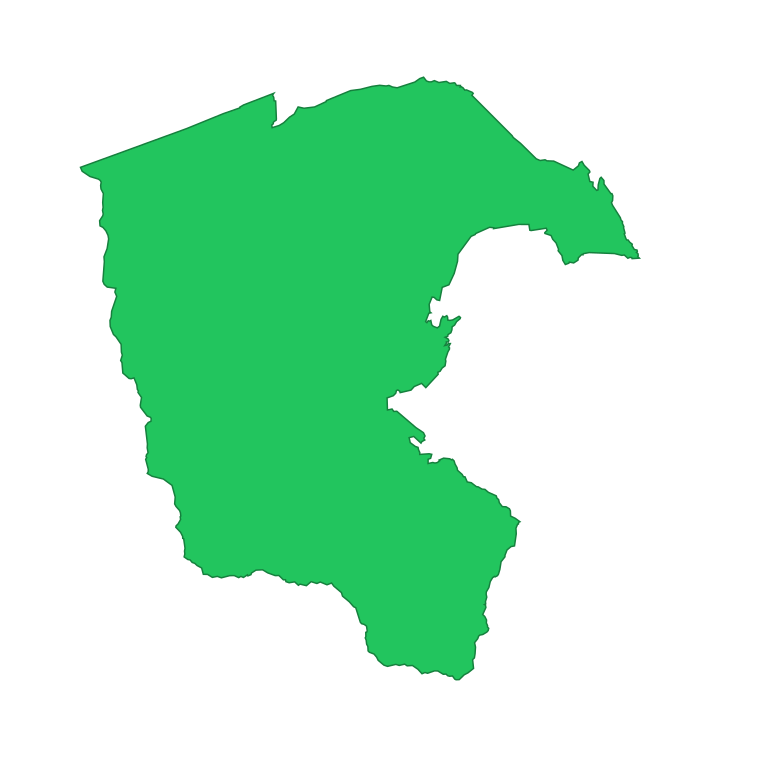 Scortoasa, Buzau, Romania (orthographic projection), rotated 172°
{"feature_id": "2599482B46829986132598", "entity_name": "Scortoasa", "entity_type": "district", "adm_level": 2, "iso_a3": "ROU", "parent_name": "Romania", "parent_adm1": "Buzau", "projection": "orthographic", "projection_center": [26.658, 45.394], "detail": "fine", "context": "isolated", "style": "filled", "palette": "green", "viewbox_px": 768, "rotation_deg": 172, "n_neighbors": 0, "source": "geoboundaries", "source_scale": "gbopen_adm2", "svg_char_len": 6153}
<svg xmlns="http://www.w3.org/2000/svg" viewBox="0 0 768 768"><g transform="rotate(172 384 384)"><path d="M653.3,636.7L646.3,630.4L638.2,626.6L636.6,625.0L636.0,623.2L637.0,619.9L637.1,616.5L635.4,611.7L637.3,602.9L637.6,597.9L638.6,595.1L638.4,591.5L639.1,589.7L642.9,585.3L643.2,580.1L640.5,578.2L638.1,574.4L636.6,569.6L636.5,566.0L639.3,556.7L643.6,548.9L643.9,544.1L648.1,524.9L647.2,521.6L644.6,518.5L636.2,516.1L637.7,512.5L636.5,508.0L643.6,493.9L644.8,488.1L646.5,485.1L647.1,479.0L645.0,470.7L642.8,468.0L638.8,459.9L639.6,452.1L639.1,449.0L641.5,443.9L640.5,441.7L641.1,431.2L635.7,425.0L633.7,424.4L630.7,424.8L628.9,417.6L629.0,412.9L628.2,411.5L628.8,409.9L626.0,404.4L628.3,396.9L628.3,394.8L623.0,385.3L620.0,383.6L619.3,382.2L620.0,379.5L622.8,378.7L626.2,375.4L626.6,357.5L627.4,353.7L627.2,348.8L629.1,346.9L629.7,345.2L629.2,344.2L630.5,342.6L629.3,332.4L629.7,330.0L630.9,328.4L626.5,324.9L615.7,320.6L608.0,313.1L606.5,301.1L608.0,294.4L607.0,291.7L604.0,287.1L603.5,284.7L603.6,281.5L604.3,280.9L604.3,278.1L607.4,274.1L609.6,272.5L610.1,271.1L606.1,265.5L604.6,261.1L604.8,259.1L603.9,258.7L603.9,249.0L604.8,246.3L604.9,243.4L606.0,240.6L602.7,237.5L600.5,236.8L598.8,234.0L596.3,232.7L594.3,230.2L590.2,227.2L589.4,220.7L585.2,220.0L580.9,216.4L575.8,216.7L572.0,214.7L563.4,215.7L558.9,215.1L554.8,212.5L552.5,213.4L550.1,212.0L545.8,214.0L545.5,212.9L542.3,213.7L541.5,215.3L536.7,217.5L530.1,216.9L525.5,213.2L518.4,209.4L514.7,209.0L510.9,204.1L508.8,203.9L508.6,201.9L505.6,200.4L500.0,200.5L496.8,196.6L495.0,197.5L488.9,195.1L483.7,198.4L478.2,195.8L474.7,196.8L468.4,193.1L463.6,194.2L461.8,190.8L455.2,183.4L454.6,179.7L448.6,173.1L445.1,167.7L443.1,166.4L440.6,151.4L439.6,149.8L437.1,148.7L435.0,146.7L435.0,141.8L435.8,140.6L436.6,140.6L437.1,136.4L437.9,135.2L437.3,132.9L437.4,128.8L436.5,126.3L436.9,121.9L435.8,120.4L431.5,118.0L429.3,114.5L428.2,111.1L423.2,105.6L419.8,103.9L411.3,104.7L408.1,103.2L402.5,103.7L400.3,101.7L395.0,101.3L390.1,96.8L386.7,91.8L383.6,92.6L381.1,91.5L373.8,92.9L370.6,92.3L365.7,88.3L362.9,88.1L361.6,86.3L359.8,85.5L356.8,85.3L355.0,81.9L353.8,81.1L350.6,80.8L345.0,84.9L341.0,86.3L334.9,89.9L334.6,98.7L332.6,100.2L331.4,104.1L330.0,110.7L330.3,115.2L326.6,118.8L325.5,121.0L324.2,122.0L321.0,122.2L316.7,124.0L315.2,125.3L314.3,127.5L315.3,128.8L315.1,130.4L315.9,133.1L315.3,136.0L316.5,139.6L318.3,142.0L314.2,148.5L314.3,151.0L315.2,151.6L313.9,152.1L313.8,154.4L311.9,158.6L312.1,161.7L311.6,163.9L308.5,167.8L306.3,173.5L303.5,177.0L301.5,178.1L300.9,177.5L298.3,178.4L297.1,179.8L295.1,184.2L292.8,191.7L288.3,196.0L288.0,197.6L285.3,202.5L280.9,205.3L277.3,205.5L273.9,217.2L273.4,222.8L271.2,226.6L270.4,226.6L269.9,228.3L268.6,228.7L272.7,232.7L277.0,235.6L276.5,240.8L277.2,243.0L280.2,245.4L283.9,246.1L286.3,250.3L286.6,253.6L288.1,255.4L288.4,257.6L295.7,262.2L298.7,265.6L301.6,266.3L305.0,269.0L306.8,269.5L311.3,274.1L315.2,275.4L316.7,280.8L318.2,281.1L319.2,283.6L323.2,288.3L323.3,291.0L324.8,294.9L325.3,298.1L326.7,299.9L327.7,299.5L329.3,300.8L335.3,302.3L340.0,301.0L339.5,300.3L342.1,298.8L344.5,298.6L346.6,299.5L351.4,299.1L350.8,303.3L348.2,303.9L346.5,307.7L348.9,308.6L358.4,309.3L358.1,311.1L359.0,314.3L359.1,316.5L361.7,317.8L366.2,322.3L366.6,327.4L361.8,327.9L355.6,320.3L354.5,321.7L351.4,322.9L352.0,323.8L352.0,324.9L350.6,326.8L351.7,330.3L358.4,336.3L375.1,355.2L378.2,355.5L379.5,358.1L384.2,357.8L382.9,369.8L376.4,371.1L373.6,373.3L372.6,375.8L371.2,376.2L369.5,374.8L369.2,373.2L358.1,374.2L354.4,377.3L346.7,379.4L343.1,374.6L329.0,386.1L329.1,388.1L326.7,388.8L324.2,391.7L321.0,393.5L319.6,398.0L319.7,400.0L316.2,407.0L314.4,409.3L314.1,410.7L314.9,411.7L312.7,414.8L314.7,415.1L316.2,413.8L318.5,413.6L316.5,415.8L316.4,417.0L314.5,416.7L313.7,417.9L314.2,419.6L317.0,421.8L314.2,422.4L313.8,424.0L310.6,425.5L309.2,428.2L308.6,431.1L305.9,432.5L303.5,435.6L299.5,438.1L299.0,439.2L300.3,440.6L307.0,437.9L309.9,437.8L311.9,438.4L311.7,441.4L312.3,442.9L315.0,441.9L316.3,442.9L318.5,440.1L320.9,433.6L323.4,432.2L327.1,434.2L328.5,436.0L328.8,440.4L330.2,439.9L331.4,440.5L333.0,438.8L334.1,440.0L329.8,447.8L327.6,448.0L328.6,449.1L328.2,456.6L324.3,463.4L322.3,462.8L320.0,460.0L317.3,459.0L312.9,471.6L305.9,473.2L299.1,483.7L294.1,495.3L292.7,502.2L277.2,518.1L273.0,519.3L272.1,520.3L257.6,524.5L253.5,523.4L253.8,522.6L228.4,523.3L218.3,521.8L218.2,516.0L217.0,515.5L201.7,515.7L201.0,513.6L203.7,511.5L203.7,510.7L197.9,507.8L196.8,503.9L194.0,499.8L192.4,493.3L193.0,491.7L189.9,486.4L189.7,481.6L187.8,477.1L184.1,477.9L183.5,478.9L179.3,477.5L174.7,479.6L174.0,481.9L170.2,484.7L169.0,484.2L168.5,485.3L162.6,485.6L137.6,481.1L130.7,478.3L128.1,478.3L125.0,474.6L122.8,475.2L121.1,474.7L120.9,473.6L113.6,473.1L115.0,475.0L114.3,476.1L114.4,477.8L115.7,479.2L114.7,479.9L114.8,481.4L117.4,482.4L119.2,486.5L118.7,487.9L121.0,490.3L122.2,492.6L123.6,492.9L124.2,494.3L125.2,499.3L124.4,499.7L124.4,500.6L125.0,505.2L124.6,506.5L125.6,510.0L125.2,511.5L126.5,513.5L126.8,515.8L132.8,529.1L133.5,531.9L132.1,533.9L131.2,538.5L131.8,540.8L132.8,540.9L138.3,551.3L137.9,554.9L140.2,558.5L141.6,557.5L144.1,551.5L145.1,546.4L146.4,546.1L149.7,550.7L148.9,554.7L152.0,555.9L152.7,563.5L150.6,565.3L150.9,566.8L155.3,572.7L157.0,576.8L159.7,575.8L161.1,573.0L166.9,569.5L184.9,581.1L191.5,582.3L193.3,583.6L198.3,583.6L201.9,585.8L215.3,603.3L221.7,610.1L222.6,612.1L256.8,657.6L255.2,659.4L256.1,660.6L261.3,663.7L263.1,663.8L264.5,666.3L266.3,667.8L267.2,667.6L266.8,669.0L270.7,669.6L271.6,671.9L272.5,672.5L277.0,672.5L280.2,675.0L287.7,674.9L291.9,677.4L295.1,676.6L297.3,676.9L299.8,678.2L302.1,682.3L306.0,681.5L311.5,678.7L329.7,675.5L334.2,676.9L337.6,679.0L340.4,678.8L346.7,680.4L354.5,680.4L366.3,679.1L376.2,679.2L401.6,672.7L402.0,671.7L414.2,668.0L424.8,668.2L430.5,670.3L435.3,663.8L440.4,661.4L446.9,656.7L451.8,654.6L459.1,653.4L459.1,656.1L457.4,657.1L457.3,658.3L456.2,659.3L454.1,660.2L453.7,661.3L451.9,679.3L453.4,679.8L453.3,683.3L454.2,685.6L452.7,687.2L484.2,679.9L488.3,678.2L488.3,677.5L505.4,674.1L543.9,664.4L654.4,640.8L653.3,636.7Z" fill="#22c55e" stroke="#15803d" stroke-width="1.5"/></g></svg>